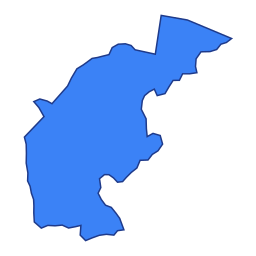 São José do Hortêncio, Rio Grande do Sul, Brazil (Equal Earth projection)
{"feature_id": "56859067B73471401384793", "entity_name": "São José do Hortêncio", "entity_type": "district", "adm_level": 2, "iso_a3": "BRA", "parent_name": "Brazil", "parent_adm1": "Rio Grande do Sul", "projection": "equal_earth", "projection_center": [-51.253, -29.536], "detail": "fine", "context": "isolated", "style": "filled", "palette": "blue", "viewbox_px": 256, "rotation_deg": 0, "n_neighbors": 0, "source": "geoboundaries", "source_scale": "gbopen_adm2", "svg_char_len": 1222}
<svg xmlns="http://www.w3.org/2000/svg" viewBox="0 0 256 256"><path d="M33.8,101.6L38.9,107.6L44.0,116.6L24.4,137.1L26.2,144.2L26.4,153.4L26.2,163.1L27.9,173.0L27.6,180.9L30.1,186.3L31.4,193.2L33.6,199.5L33.9,205.9L33.8,212.8L34.3,222.0L41.3,228.1L47.8,225.4L55.1,225.8L62.2,225.1L68.6,228.0L75.4,226.7L80.9,225.4L80.2,235.1L85.6,240.6L92.1,237.9L99.3,235.3L106.4,234.3L113.9,235.1L117.5,230.7L123.9,229.8L119.7,218.4L115.9,213.1L111.3,207.4L105.5,205.2L101.3,199.5L98.1,193.2L100.8,187.6L99.5,178.7L104.5,174.6L109.0,174.7L113.5,177.9L117.5,182.2L122.6,181.6L126.4,177.3L131.3,172.4L136.9,168.0L140.1,160.3L148.0,160.0L152.3,154.4L158.0,150.8L162.6,144.1L160.2,135.5L153.0,133.4L147.2,136.6L146.4,128.9L146.1,118.8L141.3,109.3L142.3,100.6L144.6,95.6L149.3,91.7L154.3,89.1L157.2,95.6L165.0,93.6L169.1,86.6L173.1,80.4L179.4,80.3L182.6,73.8L189.6,73.8L196.9,72.7L195.5,66.5L196.1,58.8L201.0,51.8L210.0,51.6L216.7,49.5L220.9,44.2L226.4,42.5L231.6,38.5L187.4,20.0L161.2,15.4L155.3,54.2L135.1,49.8L131.1,45.5L125.4,43.8L118.2,44.2L112.2,47.6L109.0,54.6L102.5,56.2L97.5,57.5L92.1,58.4L83.1,65.0L76.9,68.8L71.4,78.1L67.6,86.0L52.0,103.7L47.1,101.0L39.8,99.0L33.8,101.6Z" fill="#3b82f6" stroke="#1e3a8a" stroke-width="1.5"/></svg>